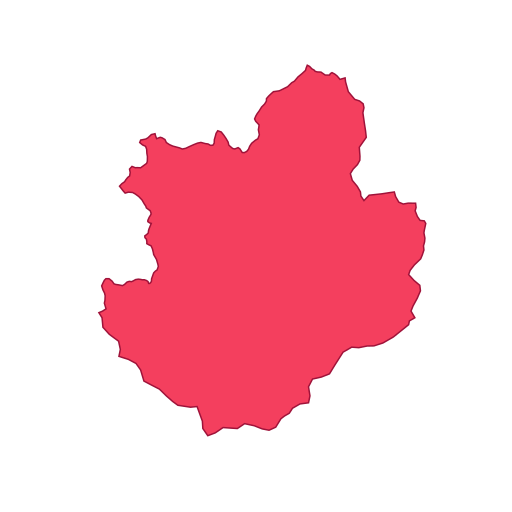 Cameron Highlands, Pahang, Malaysia, rotated 60°
{"feature_id": "92858781B10772357278230", "entity_name": "Cameron Highlands", "entity_type": "district", "adm_level": 2, "iso_a3": "MYS", "parent_name": "Malaysia", "parent_adm1": "Pahang", "projection": "mercator", "projection_center": [101.433, 4.47], "detail": "fine", "context": "isolated", "style": "filled", "palette": "rose", "viewbox_px": 512, "rotation_deg": 60, "n_neighbors": 0, "source": "geoboundaries", "source_scale": "gbopen_adm2", "svg_char_len": 3654}
<svg xmlns="http://www.w3.org/2000/svg" viewBox="0 0 512 512"><g transform="rotate(60 256 256)"><path d="M146.3,89.8L145.0,95.0L143.4,95.2L140.4,95.8L137.7,96.9L135.2,98.5L135.2,100.4L136.1,101.8L133.9,105.6L129.2,107.8L127.3,110.8L125.7,112.4L124.1,112.7L121.9,114.0L118.6,114.8L116.4,116.2L118.4,118.7L120.0,120.3L121.1,125.2L121.9,130.1L123.8,135.3L123.8,138.5L124.3,140.4L125.2,144.0L124.6,153.2L123.5,156.0L122.4,158.7L123.0,161.7L123.8,165.0L124.9,168.2L127.1,169.6L128.7,172.6L129.8,176.7L130.5,178.0L132.0,180.8L133.3,183.8L134.7,186.2L136.6,188.7L139.1,188.9L144.0,187.8L145.9,189.2L147.8,190.8L152.7,192.5L155.4,195.7L155.4,198.5L156.2,203.4L157.8,206.6L159.8,209.1L160.8,211.8L160.6,214.5L159.5,216.2L155.1,216.4L153.2,217.3L152.7,220.8L151.3,222.4L148.3,223.5L146.4,224.1L143.4,223.2L139.3,223.2L135.2,223.5L131.2,224.1L128.4,226.5L129.8,229.2L132.0,231.4L134.4,233.9L137.4,235.8L138.5,238.0L137.4,240.1L135.0,241.5L133.3,243.7L130.1,246.9L129.0,250.2L128.4,254.3L127.9,259.2L127.6,263.0L126.5,266.3L124.1,268.2L121.4,270.9L119.2,273.1L116.2,275.3L112.9,276.9L109.6,276.6L106.6,278.3L105.3,279.6L104.7,283.4L101.7,282.9L99.6,282.3L98.5,285.9L99.6,290.5L99.6,293.0L97.9,297.9L99.6,300.0L103.1,298.7L105.8,296.8L108.8,297.3L112.6,299.2L115.6,300.3L119.7,302.8L121.1,304.4L121.9,311.8L120.0,314.8L119.2,316.4L116.4,318.6L117.5,322.1L120.8,323.2L123.5,325.4L123.8,327.8L124.9,330.6L126.0,332.7L126.3,336.0L127.3,339.3L133.1,338.5L136.1,337.9L136.9,334.6L139.3,331.1L142.0,329.5L145.9,327.8L150.5,326.7L153.2,326.7L155.1,326.7L157.8,326.5L159.5,326.9L162.6,325.6L163.7,325.0L166.3,325.4L167.5,326.2L169.1,329.2L170.0,330.4L171.0,331.8L172.2,332.5L174.3,331.5L175.4,330.4L179.2,335.3L180.4,336.5L182.2,337.8L182.7,339.8L183.0,342.3L184.6,343.0L186.7,342.5L189.3,343.5L190.7,344.4L192.6,343.3L194.7,341.8L197.9,342.1L201.7,343.2L203.6,343.9L205.9,343.9L209.2,343.9L214.1,345.1L216.2,345.8L218.6,348.6L218.8,350.8L219.5,353.1L223.5,357.8L225.6,359.2L226.3,360.4L226.6,361.8L226.1,362.7L224.2,362.3L222.6,363.0L220.7,364.6L219.8,366.3L218.6,367.6L217.2,369.5L216.2,372.1L216.2,374.5L216.0,376.6L214.6,378.4L214.1,380.8L214.9,384.1L214.9,386.4L212.3,389.4L210.4,391.8L209.1,392.9L205.8,393.2L202.2,394.6L200.6,397.3L201.2,399.5L202.8,401.9L204.7,404.6L208.8,405.5L212.3,405.7L215.0,406.5L218.9,409.0L221.0,410.9L226.8,412.3L227.0,416.6L226.5,420.4L232.5,420.2L241.2,424.2L250.5,422.2L261.1,417.6L269.1,420.2L274.4,424.9L281.7,418.2L289.1,413.6L297.0,412.9L308.3,415.6L315.7,410.9L323.0,406.2L332.3,403.6L340.3,400.9L346.2,398.3L354.2,388.3L356.9,382.3L372.2,385.0L378.8,388.3L387.5,387.6L388.8,379.7L388.1,370.3L396.1,358.4L395.5,349.7L402.1,342.4L408.8,337.1L413.4,331.8L414.1,324.5L409.4,315.8L408.8,311.2L408.8,305.8L406.1,300.5L406.1,291.9L409.4,283.9L404.1,279.2L395.5,275.9L390.8,268.6L393.5,260.0L394.8,251.3L390.1,242.7L382.8,228.7L382.8,218.7L386.8,212.8L389.5,204.8L392.8,198.8L394.8,189.5L394.8,177.5L391.8,158.2L388.9,155.6L388.9,149.3L381.2,149.3L377.8,145.0L373.1,137.3L371.8,135.6L368.4,131.0L363.3,128.8L356.1,131.4L348.4,133.1L345.5,129.7L342.9,123.3L340.8,114.8L338.2,111.4L334.8,107.6L331.0,105.9L328.0,102.9L325.0,100.8L319.9,99.0L317.8,97.3L312.7,92.7L309.7,92.7L307.2,96.1L302.5,96.5L296.5,95.6L294.0,93.1L290.1,91.4L286.3,97.8L284.6,102.5L280.8,105.4L274.4,105.4L269.7,104.2L268.0,108.4L265.0,116.1L259.9,127.6L262.0,134.8L256.5,135.2L252.7,133.5L246.3,133.5L238.6,134.8L231.8,133.1L229.3,128.4L227.6,122.5L225.0,118.2L221.6,116.1L213.5,112.2L208.4,101.2L202.5,98.6L194.8,95.6L185.4,91.8L181.6,88.4L177.8,87.1L173.5,88.8L169.7,92.2L159.9,93.9L150.1,91.4L146.3,89.8Z" fill="#f43f5e" stroke="#9f1239" stroke-width="1.5"/></g></svg>